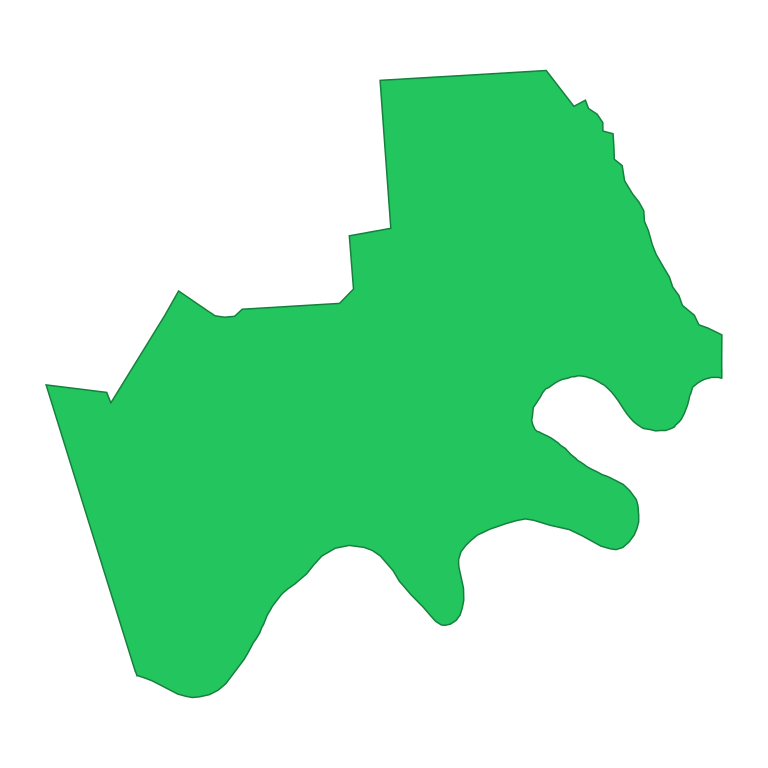 the district of San Javier, Misiones, Argentina
{"feature_id": "61730980B6185383884221", "entity_name": "San Javier", "entity_type": "district", "adm_level": 2, "iso_a3": "ARG", "parent_name": "Argentina", "parent_adm1": "Misiones", "projection": "mercator", "projection_center": [-55.112, -27.774], "detail": "fine", "context": "isolated", "style": "filled", "palette": "green", "viewbox_px": 768, "rotation_deg": 0, "n_neighbors": 0, "source": "geoboundaries", "source_scale": "gbopen_adm2", "svg_char_len": 3893}
<svg xmlns="http://www.w3.org/2000/svg" viewBox="0 0 768 768"><path d="M721.7,378.2L721.8,378.0L721.8,377.8L721.8,371.5L721.8,370.6L721.7,370.7L721.7,360.0L721.9,334.9L707.8,328.0L698.9,324.8L694.3,315.2L682.4,305.4L678.9,295.5L672.7,287.0L669.4,277.0L664.0,268.0L656.2,254.5L652.3,244.7L648.5,230.9L644.4,221.2L643.8,210.9L639.0,202.1L632.7,194.1L624.6,180.8L622.2,165.6L614.3,159.3L614.0,149.1L613.1,133.8L602.9,131.0L602.8,122.6L597.2,114.3L591.7,110.6L588.5,108.5L585.4,100.2L573.9,106.3L546.2,70.5L449.1,76.3L438.6,76.9L382.7,80.2L380.1,80.4L383.4,126.2L390.8,228.3L349.3,235.8L350.0,244.3L353.5,289.1L350.5,292.1L339.5,303.4L242.3,309.2L234.6,316.3L224.5,317.2L215.1,315.8L208.0,311.1L178.6,291.0L164.7,315.6L157.9,326.6L113.7,398.3L110.9,402.8L110.7,402.5L106.7,392.4L46.1,384.9L50.2,398.0L104.3,572.1L110.9,593.2L135.4,671.8L135.6,671.8L136.0,672.8L136.9,675.5L137.0,675.8L137.9,675.7L144.8,678.0L152.3,680.9L161.5,685.6L167.2,688.6L167.4,688.7L175.9,693.1L177.8,694.1L185.9,696.3L192.3,697.5L199.7,696.8L209.5,694.6L210.9,693.9L217.1,690.7L218.2,690.1L218.6,689.8L223.7,685.5L225.8,683.7L227.3,681.7L242.6,661.4L244.4,658.9L248.4,652.1L253.4,642.6L255.9,639.2L258.1,635.6L259.8,632.7L261.7,627.6L263.6,624.4L264.8,621.2L265.4,619.8L267.0,615.6L269.6,611.2L270.0,610.6L272.5,606.1L275.8,601.8L280.8,595.3L282.7,593.2L287.7,589.0L292.2,585.8L295.2,583.7L297.9,581.3L306.6,573.9L313.2,565.6L314.1,564.5L317.5,560.8L318.6,559.5L321.9,556.0L324.1,554.7L333.4,549.3L335.3,548.2L339.2,547.4L344.4,546.4L349.2,545.4L364.1,547.4L364.7,547.6L371.1,550.0L372.4,550.5L378.6,554.8L380.4,556.0L393.1,570.7L395.3,574.4L395.6,574.9L397.2,577.6L399.3,581.2L401.0,583.1L408.0,591.2L409.1,592.5L410.9,594.6L411.9,595.6L419.0,602.9L421.4,605.3L422.5,606.4L422.9,606.8L431.7,617.0L435.7,621.4L441.4,625.0L442.8,625.1L445.2,625.3L450.5,624.1L454.7,621.3L456.2,620.3L459.1,616.3L460.0,615.2L460.8,612.7L462.1,608.5L462.3,607.9L463.8,600.1L463.5,588.3L463.5,588.2L460.2,573.1L459.4,569.4L458.8,566.5L458.6,562.5L458.6,559.6L460.8,552.4L461.2,551.5L466.0,545.2L470.9,540.5L475.9,536.3L477.5,535.0L484.2,531.9L489.4,529.4L490.4,529.0L505.4,523.8L506.4,523.5L512.3,521.8L515.6,520.8L517.9,520.3L524.5,519.1L525.3,518.9L525.9,519.0L532.7,520.1L533.1,520.1L550.2,525.3L552.4,525.8L569.3,529.6L582.0,535.7L597.8,544.4L600.9,546.1L610.3,548.8L614.5,549.4L616.2,549.6L616.4,549.5L622.9,547.4L629.1,541.9L634.2,535.0L636.8,528.8L638.7,522.0L638.7,514.8L638.4,511.7L638.1,507.4L638.0,506.0L637.9,505.5L636.3,499.6L629.8,490.7L623.2,484.4L609.5,477.4L606.3,476.0L602.1,474.6L601.6,474.3L597.2,471.9L595.3,471.0L591.4,469.1L586.9,466.7L585.2,465.4L584.1,464.5L581.3,462.6L577.8,460.5L575.7,458.3L571.1,454.7L567.8,451.2L566.6,449.9L565.5,448.6L560.6,445.4L557.8,442.6L557.0,442.1L555.0,440.7L551.3,438.1L548.1,436.4L547.1,435.9L542.4,433.7L538.9,431.8L537.5,431.7L534.9,429.4L533.9,427.0L533.1,425.3L532.8,424.7L532.1,422.0L531.7,420.4L532.5,415.3L533.3,407.5L536.1,403.5L538.5,399.7L540.4,396.9L542.5,392.9L544.6,390.2L545.6,388.9L548.7,387.6L551.3,385.7L553.7,384.0L555.3,382.9L559.2,380.7L560.1,380.3L563.0,379.2L567.5,378.3L570.5,377.2L572.0,376.7L574.8,376.7L577.8,375.8L580.1,375.9L582.3,376.1L586.3,376.8L589.1,377.8L591.0,378.3L592.4,378.7L595.6,380.2L596.4,380.6L598.7,381.9L601.7,383.8L604.6,385.4L609.2,389.7L612.0,392.6L614.5,395.7L615.9,397.6L618.5,401.1L621.2,405.4L623.8,409.4L626.8,413.7L628.1,415.4L629.8,417.5L632.8,420.8L633.4,421.4L633.5,421.4L634.7,422.5L637.3,424.6L641.7,427.5L643.6,428.5L650.8,429.7L655.6,430.9L657.9,430.7L660.9,430.5L665.6,430.5L666.2,430.3L671.3,428.5L674.5,426.9L675.3,425.4L679.1,421.9L681.3,419.3L684.5,413.0L687.5,405.1L688.9,399.8L689.8,395.4L690.6,394.0L692.7,387.1L695.3,385.0L697.9,382.9L698.6,382.5L701.7,380.6L705.4,379.0L706.7,378.7L709.2,378.1L711.3,377.4L714.6,377.4L715.2,377.4L718.4,377.4L721.7,378.2Z" fill="#22c55e" stroke="#15803d" stroke-width="1.5"/></svg>